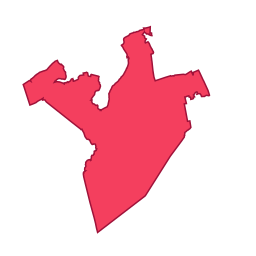 the district of Sarichioi, Romania, rotated 73°
{"feature_id": "2599482B95501245922169", "entity_name": "Sarichioi", "entity_type": "district", "adm_level": 2, "iso_a3": "ROU", "parent_name": "Romania", "parent_adm1": "", "projection": "robinson", "projection_center": [28.799, 44.916], "detail": "fine", "context": "isolated", "style": "filled", "palette": "rose", "viewbox_px": 256, "rotation_deg": 73, "n_neighbors": 0, "source": "geoboundaries", "source_scale": "gbopen_adm2", "svg_char_len": 5584}
<svg xmlns="http://www.w3.org/2000/svg" viewBox="0 0 256 256"><g transform="rotate(73 128 128)"><path d="M197.9,131.3L167.4,95.9L156.1,80.6L153.1,76.8L152.7,76.6L151.9,76.5L151.6,75.9L151.0,75.9L149.8,75.2L148.9,75.0L148.6,74.2L148.4,73.4L147.6,72.1L147.6,71.3L147.2,70.5L146.8,69.1L145.8,67.7L139.3,66.8L139.0,69.1L121.4,67.1L121.7,65.0L115.0,64.6L115.2,63.7L114.9,62.9L115.0,60.4L116.3,60.5L116.9,59.2L119.0,59.6L119.1,58.3L119.1,57.5L118.9,56.8L117.7,56.6L117.7,55.2L116.2,55.5L115.5,55.8L115.4,55.7L115.4,55.2L114.0,53.5L113.6,52.4L113.6,51.7L113.9,51.3L114.1,51.3L115.7,51.8L115.8,52.5L116.2,52.9L116.0,52.4L115.7,50.6L116.3,49.1L116.6,48.9L117.1,48.9L117.9,48.5L119.4,48.5L120.2,45.6L119.8,44.5L119.7,43.6L119.8,43.0L120.3,42.2L120.8,41.2L120.5,40.5L115.6,40.5L105.1,41.9L103.2,42.3L102.8,42.3L95.6,43.3L93.3,43.7L93.9,49.4L95.0,49.6L96.8,50.3L92.1,50.9L92.5,52.7L93.6,56.6L93.7,57.5L92.8,59.4L91.2,67.5L91.2,68.2L91.7,68.9L91.2,69.6L91.0,71.7L90.5,71.9L90.5,77.5L90.8,88.2L87.0,88.3L85.4,88.1L80.4,87.4L71.1,85.6L70.5,85.5L69.9,85.7L69.4,85.3L64.2,84.5L64.3,83.6L63.9,83.0L64.1,82.2L63.2,81.5L62.3,81.5L60.7,81.9L59.6,81.9L59.2,82.2L56.0,82.8L53.3,83.0L51.4,83.7L51.7,86.5L51.1,86.6L50.4,86.4L49.2,85.8L48.6,84.8L48.2,84.4L46.7,85.8L45.0,85.3L43.0,87.0L41.1,84.5L41.4,84.6L41.5,84.5L41.7,83.8L41.9,83.6L42.9,83.0L43.4,82.9L43.6,82.6L43.5,82.4L44.6,80.4L45.1,80.5L46.4,78.8L46.6,78.1L45.0,78.1L44.2,77.7L43.8,78.1L43.5,79.1L37.7,77.1L37.8,78.3L37.6,81.7L37.0,83.9L38.4,83.9L38.3,85.9L38.2,86.0L38.1,88.6L38.6,89.3L38.7,90.2L38.4,91.3L38.6,93.2L38.2,94.4L38.2,94.7L38.4,94.9L38.5,96.3L38.4,97.3L38.7,98.5L38.6,98.8L39.4,99.7L39.8,100.5L40.4,104.0L40.9,105.4L41.2,105.8L41.7,106.1L42.4,106.4L44.6,106.6L45.5,107.1L46.0,107.8L46.6,108.4L46.8,110.0L47.1,110.2L49.2,109.3L51.0,109.1L55.7,107.7L57.2,107.4L58.3,107.5L59.1,108.2L60.6,108.4L60.7,108.0L60.2,107.0L61.5,106.7L61.8,106.8L62.4,107.3L62.5,107.4L62.4,107.6L62.9,107.9L66.2,108.6L67.8,109.5L69.3,110.6L70.3,111.6L70.7,111.7L70.7,112.0L72.3,113.3L73.4,114.5L74.1,115.0L74.4,115.6L75.2,116.2L76.0,117.2L77.0,118.9L77.2,119.6L77.6,119.8L77.7,120.0L78.4,120.8L78.6,121.3L79.0,122.3L79.5,122.6L80.4,123.8L81.4,126.2L81.6,127.1L82.2,127.7L82.7,128.4L83.1,130.0L83.6,130.9L85.7,132.6L87.2,134.2L88.3,135.0L89.6,136.3L91.6,136.7L93.4,137.3L94.5,137.4L95.4,137.8L99.1,139.9L99.9,140.2L100.6,140.9L101.6,141.6L102.1,144.8L102.8,148.1L103.4,148.6L103.1,149.1L103.1,149.4L102.9,149.4L103.0,149.2L102.4,149.0L102.2,149.7L100.7,151.0L99.8,151.0L98.0,150.3L97.1,150.6L97.0,151.4L97.2,151.7L97.0,152.2L95.3,153.2L94.8,153.9L94.7,154.4L94.5,154.5L93.8,154.8L92.9,155.0L91.3,154.7L90.8,155.2L90.8,154.6L90.3,154.8L90.2,155.0L90.2,154.7L89.7,154.6L89.6,154.8L89.7,154.3L89.4,154.4L89.1,154.2L88.0,152.7L87.3,151.8L86.4,150.4L85.9,150.0L84.3,149.3L83.9,148.7L83.4,148.3L83.3,147.8L83.1,146.6L83.3,146.5L83.2,146.2L83.5,145.3L83.4,144.8L81.9,143.4L80.0,142.1L78.6,141.9L77.5,142.4L76.3,141.9L75.1,142.4L74.4,142.5L73.9,142.4L73.4,142.0L71.8,141.6L70.3,140.7L69.8,141.2L66.0,147.5L66.1,147.8L67.8,148.7L66.9,150.5L66.5,150.8L63.5,150.5L62.6,151.3L62.7,151.6L62.4,154.8L64.3,154.9L63.7,158.5L64.3,159.7L65.0,160.7L66.4,161.0L66.6,161.1L66.9,161.6L67.2,163.9L67.3,164.1L67.4,166.2L67.3,166.6L66.8,166.7L65.9,166.2L65.5,166.5L64.7,166.4L64.8,166.8L64.6,167.7L66.4,169.9L66.6,171.1L66.8,171.6L66.6,171.6L66.4,172.2L66.2,172.2L66.2,172.7L66.7,173.3L66.7,173.7L66.4,174.0L66.5,175.1L66.4,175.1L66.2,175.7L67.2,176.1L66.0,177.2L64.0,179.9L62.9,182.4L62.8,183.3L62.8,185.1L61.6,183.8L61.7,183.5L61.6,183.1L60.9,182.2L60.4,179.7L61.0,178.5L61.1,178.0L61.8,177.2L61.9,176.5L62.2,176.0L62.4,175.2L62.9,174.8L63.0,174.5L63.0,173.9L61.8,172.7L61.1,172.3L60.1,172.0L58.7,172.0L57.1,171.7L56.5,171.4L56.0,171.5L55.4,172.0L52.3,172.5L51.3,171.8L50.4,171.6L49.7,171.9L49.0,172.5L48.0,172.8L47.5,173.1L47.4,173.3L47.7,173.7L47.6,173.9L45.8,175.2L44.7,175.6L42.7,175.8L42.9,178.3L43.4,179.0L43.6,179.9L44.6,182.1L45.1,182.8L45.8,184.3L46.3,184.8L46.9,186.1L47.7,187.2L48.7,188.9L48.7,190.3L48.9,190.8L48.8,191.2L48.7,192.7L48.9,193.3L48.8,194.4L49.0,195.6L48.9,196.3L49.5,197.6L50.1,200.0L50.3,200.1L50.6,201.2L52.0,203.7L52.1,204.2L52.4,204.7L52.8,205.7L52.7,206.0L53.3,206.9L53.6,207.3L55.0,207.2L54.0,208.1L53.8,208.6L55.8,215.5L58.5,215.4L77.4,215.1L77.1,210.9L76.8,208.5L76.7,208.4L76.0,206.5L75.6,204.7L75.3,202.6L74.7,200.6L76.3,201.4L76.3,201.1L76.8,199.3L79.2,198.5L106.5,179.7L114.9,173.8L115.9,173.3L115.7,172.4L118.5,172.0L119.3,171.7L123.7,171.6L126.5,170.7L126.8,170.3L127.2,169.6L127.2,169.2L128.2,168.5L128.2,168.2L131.2,167.9L132.5,167.5L133.2,167.1L133.1,166.8L133.4,166.4L133.2,165.9L133.4,165.7L133.3,165.2L133.6,164.7L133.7,164.2L134.2,163.9L135.3,164.1L136.1,164.0L137.3,164.6L138.4,164.6L138.7,164.0L139.4,164.4L139.5,164.8L139.9,164.8L140.1,164.9L140.1,165.2L140.3,165.5L140.2,165.9L140.4,166.0L140.3,167.0L141.0,167.4L141.9,167.5L142.8,168.0L143.1,168.2L143.0,168.6L143.7,169.1L143.9,169.4L143.9,169.7L143.6,170.6L144.2,171.1L144.7,171.5L145.2,171.5L145.3,171.6L146.0,171.9L146.9,172.5L147.6,172.7L147.5,172.8L148.0,173.4L147.2,173.7L147.1,174.1L146.9,174.3L147.0,176.1L147.1,176.5L148.1,177.8L148.2,178.2L148.8,178.6L150.0,178.9L150.3,179.3L150.6,179.4L151.7,179.4L152.4,179.6L152.9,180.0L153.4,180.9L154.7,181.5L156.3,181.8L156.5,181.3L156.6,181.6L156.9,181.8L156.9,182.1L157.0,182.3L157.1,183.1L157.3,183.3L157.5,183.3L157.6,183.6L158.1,183.8L158.4,183.7L158.5,184.0L159.1,184.2L161.7,184.6L169.5,185.1L187.8,186.1L204.2,186.6L209.5,186.9L214.6,187.4L219.0,187.6L197.9,131.3Z" fill="#f43f5e" stroke="#9f1239" stroke-width="1.5"/></g></svg>